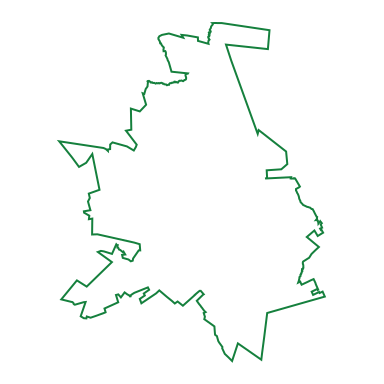 Pánuco de Coronado, Durango, Mexico
{"feature_id": "50627088B1013780118073", "entity_name": "Pánuco de Coronado", "entity_type": "district", "adm_level": 2, "iso_a3": "MEX", "parent_name": "Mexico", "parent_adm1": "Durango", "projection": "robinson", "projection_center": [-104.338, 24.505], "detail": "fine", "context": "isolated", "style": "outline", "palette": "green", "viewbox_px": 384, "rotation_deg": 0, "n_neighbors": 0, "source": "geoboundaries", "source_scale": "gbopen_adm2", "svg_char_len": 5828}
<svg xmlns="http://www.w3.org/2000/svg" viewBox="0 0 384 384"><path d="M61.3,299.4L71.0,301.8L72.5,302.1L73.6,303.3L73.7,304.0L74.6,304.7L74.9,304.7L83.7,302.2L85.6,302.0L80.7,316.3L83.8,318.2L86.4,318.4L86.8,316.5L90.6,317.7L95.6,316.0L104.4,312.8L105.6,312.3L105.5,311.8L104.5,308.5L118.2,302.3L116.0,295.0L118.3,294.4L120.9,297.4L123.3,294.2L124.6,292.4L127.3,294.4L128.1,294.8L128.6,295.1L129.1,295.3L129.6,295.9L130.0,296.4L130.6,296.3L130.7,295.3L132.3,294.1L134.4,292.8L147.9,287.4L149.1,289.8L143.8,293.5L144.8,295.5L139.8,298.9L141.4,303.3L156.1,293.4L159.3,290.4L166.8,296.8L171.9,300.9L174.8,303.5L177.6,301.5L182.9,305.7L195.0,294.9L194.9,294.8L199.0,291.3L200.3,290.5L200.2,290.3L200.3,290.4L200.5,290.6L203.7,294.3L203.3,294.5L201.0,296.7L196.8,300.8L198.9,303.8L200.3,305.5L200.6,305.9L201.6,307.4L201.9,307.6L203.0,309.2L204.4,311.0L205.6,312.1L203.7,313.0L204.9,316.7L204.3,319.2L214.4,326.4L214.8,331.8L215.0,334.1L215.1,334.8L216.9,336.1L217.5,338.3L218.3,341.1L219.2,342.6L222.4,347.0L222.2,348.3L224.8,353.9L228.4,357.3L232.1,361.0L237.9,343.4L261.3,359.7L262.2,352.3L264.2,337.1L267.2,313.0L324.8,296.6L322.6,291.6L319.6,293.0L319.1,292.0L313.1,294.9L311.7,291.7L317.2,289.0L317.7,290.0L318.2,289.7L315.7,284.0L315.6,283.4L315.1,282.2L313.6,279.1L310.6,280.4L309.0,281.2L307.6,281.9L304.6,283.3L304.2,283.5L301.6,284.7L301.1,283.7L300.2,281.6L298.2,282.6L298.8,280.9L299.1,279.5L299.4,278.3L299.5,278.1L299.4,277.2L299.5,277.0L299.7,276.8L300.4,276.3L300.6,275.7L300.4,275.0L300.5,274.6L301.2,274.0L301.3,273.7L301.1,273.5L301.3,273.1L301.5,272.9L301.5,272.6L301.9,272.0L301.8,270.9L301.9,270.7L302.1,271.0L302.3,271.0L302.3,270.9L302.3,270.5L302.0,270.1L302.0,269.1L302.4,269.0L302.6,268.8L302.8,268.7L302.8,268.9L303.0,268.9L303.2,268.5L303.0,268.1L303.1,267.8L303.4,267.4L303.3,266.2L303.3,265.3L303.1,264.4L302.9,264.1L302.8,263.6L302.9,263.2L302.8,262.5L302.9,262.0L303.2,261.5L309.2,257.7L311.5,254.0L315.6,250.0L318.9,247.0L306.8,237.0L314.4,230.5L316.1,233.3L317.7,236.0L320.3,234.4L323.1,232.7L321.4,229.7L320.9,230.0L320.1,228.6L322.1,227.7L321.4,226.1L320.7,224.4L321.8,223.2L321.6,223.0L321.3,222.6L321.2,222.4L321.1,222.2L320.6,221.8L320.2,221.2L320.0,221.5L319.9,221.6L318.4,223.6L318.3,222.6L318.2,222.1L317.6,221.0L317.8,220.6L317.2,219.8L316.0,220.0L317.0,218.7L317.1,217.1L316.8,217.1L314.7,213.1L313.8,211.2L312.6,209.1L311.6,209.0L311.1,208.6L310.2,207.7L309.7,207.6L308.0,207.0L307.2,206.9L303.7,205.2L303.3,205.1L302.9,204.7L302.5,204.1L302.2,203.8L301.4,203.0L300.4,201.8L300.3,200.8L299.7,199.7L299.2,198.6L299.1,197.8L298.9,196.8L298.6,195.9L298.5,195.5L297.8,193.9L297.3,193.2L296.9,192.2L296.4,191.1L296.0,190.5L296.0,190.1L296.0,189.0L299.1,187.3L299.9,186.6L295.1,178.4L294.5,178.2L294.2,178.2L293.9,178.2L293.7,178.6L293.1,178.5L292.7,178.5L292.0,178.6L291.1,178.6L290.7,178.5L291.1,177.2L265.1,178.5L267.1,178.0L266.7,170.3L281.3,169.3L287.3,164.1L286.1,151.5L258.7,130.1L257.7,133.9L231.2,60.5L226.0,44.6L267.9,49.1L269.5,30.2L221.9,23.1L214.4,23.0L212.4,23.1L212.6,23.3L212.8,23.5L212.9,24.0L212.8,24.3L212.6,24.7L212.0,25.4L211.6,25.8L211.0,26.9L210.9,27.8L210.7,28.3L209.7,29.8L209.8,30.2L210.2,30.6L210.6,31.1L210.7,31.4L210.7,31.8L210.3,32.1L209.8,32.3L209.0,32.3L208.8,32.5L208.9,32.8L209.3,33.0L209.6,33.1L209.8,33.4L209.8,33.8L209.6,34.0L209.1,34.2L208.8,34.5L208.8,34.8L209.2,35.2L209.4,35.3L209.5,35.6L209.3,35.9L209.3,36.1L209.2,36.3L208.6,36.3L208.2,36.8L208.2,37.4L208.5,38.1L209.3,39.3L209.5,39.6L209.4,39.7L209.3,39.9L209.0,39.9L208.6,40.3L208.2,42.6L208.4,43.4L208.5,43.8L198.0,40.9L197.9,37.4L187.2,35.5L181.6,34.9L183.2,37.7L168.9,33.5L162.0,34.9L159.4,36.2L158.4,37.8L158.5,38.3L158.4,38.6L158.4,39.0L159.3,40.6L159.5,40.8L160.1,42.3L160.0,42.9L160.4,43.5L160.9,43.4L161.4,44.3L161.8,45.3L163.3,47.0L163.8,47.4L163.6,48.9L163.4,49.9L163.4,50.0L163.6,50.5L163.6,51.2L165.3,51.1L165.6,51.6L165.9,52.7L165.9,53.4L166.0,54.2L165.6,55.4L167.4,58.9L167.6,60.0L168.8,62.2L171.5,71.7L187.9,73.4L187.7,73.7L187.1,73.6L186.0,74.2L185.5,74.8L185.5,75.6L185.7,76.3L186.1,77.3L186.1,78.9L185.8,79.5L185.1,79.9L184.5,80.0L184.1,80.4L183.6,80.7L183.3,81.1L182.8,81.1L182.2,80.8L181.5,80.5L180.5,80.8L179.7,80.7L179.4,80.8L179.1,81.0L178.6,81.4L178.5,81.8L178.3,82.1L178.0,82.6L177.5,82.6L177.2,82.5L177.1,82.4L176.9,82.3L176.7,82.1L176.2,82.0L175.7,82.3L175.4,82.2L175.2,82.0L174.9,81.6L174.7,81.6L174.3,81.7L174.2,81.9L174.1,82.4L173.9,82.5L173.5,82.4L173.1,82.5L172.6,82.8L172.3,82.8L172.2,82.7L171.9,82.7L171.7,82.9L171.2,83.2L170.5,83.1L170.0,83.2L169.4,83.8L169.0,84.8L168.3,84.7L167.5,85.1L166.8,85.2L166.2,84.5L165.2,84.4L164.2,84.3L163.6,83.6L162.7,83.7L162.1,83.0L161.5,82.8L160.8,82.9L159.6,83.4L158.9,83.0L158.6,83.1L158.0,83.4L157.2,83.2L156.8,83.0L156.5,83.1L156.2,83.3L155.9,83.5L155.7,83.6L154.7,83.1L154.4,82.9L153.8,83.0L152.8,82.9L152.4,82.4L151.5,82.3L151.3,82.6L150.9,82.6L150.7,82.5L150.5,82.0L150.2,81.7L149.8,81.6L149.2,81.0L149.0,80.9L148.7,81.1L148.4,81.0L148.0,81.0L147.6,81.1L147.5,81.3L148.1,82.0L147.9,82.3L147.5,86.5L145.7,89.0L144.3,93.9L142.7,93.3L146.1,104.7L145.7,105.2L139.8,111.4L130.9,108.6L131.3,129.7L126.0,130.7L136.7,144.7L135.8,147.1L133.8,150.5L126.9,146.4L112.5,142.4L110.2,144.5L110.1,149.1L107.8,149.5L107.9,150.9L105.8,149.0L103.5,148.0L59.2,141.3L72.1,157.5L79.0,166.9L86.2,162.8L92.3,154.0L99.5,189.8L88.8,193.6L89.8,198.0L88.0,201.5L90.4,210.2L83.9,211.3L84.1,212.7L89.3,215.7L88.9,219.2L92.3,218.6L92.1,234.5L97.4,234.3L134.3,242.6L139.7,244.2L140.2,250.4L138.7,250.4L133.1,258.5L132.7,260.7L130.8,261.3L128.5,259.5L122.8,257.9L122.1,254.9L125.2,254.5L123.5,251.6L122.9,252.2L120.3,250.0L119.0,249.5L118.3,247.9L117.4,247.6L117.7,245.1L117.0,245.1L116.3,244.3L112.0,253.9L103.9,251.4L101.6,251.0L100.9,250.9L97.9,252.0L111.9,262.1L86.7,286.6L76.9,280.4L61.3,299.4Z" fill="none" stroke="#15803d" stroke-width="2"/></svg>